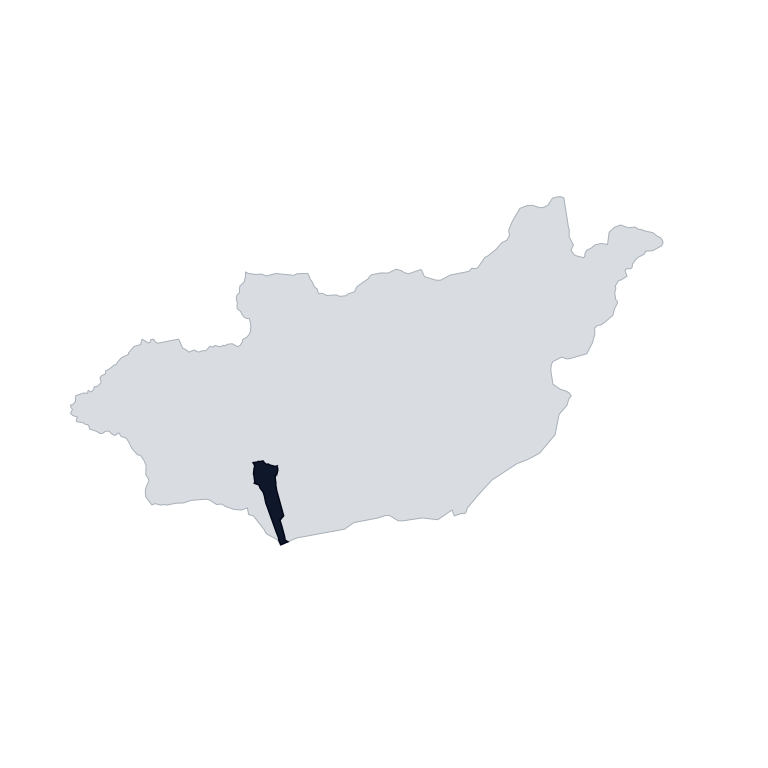 location of Cogt, Govi-Altay, Mongolia, rotated 343°
{"feature_id": "93677404B32157357652115", "entity_name": "Cogt", "entity_type": "district", "adm_level": 2, "iso_a3": "MNG", "parent_name": "Mongolia", "parent_adm1": "Govi-Altay", "projection": "orthographic", "projection_center": [96.826, 44.224], "detail": "fine", "context": "in_parent", "style": "filled", "palette": "ink", "viewbox_px": 768, "rotation_deg": 343, "n_neighbors": 0, "source": "geoboundaries", "source_scale": "gbopen_adm2", "svg_char_len": 5717}
<svg xmlns="http://www.w3.org/2000/svg" viewBox="0 0 768 768"><g transform="rotate(343 384 384)"><path d="M78.0,312.5L80.3,312.7L84.0,310.4L84.8,306.9L86.0,305.0L94.3,304.8L97.9,306.3L98.8,304.1L99.5,303.8L101.3,305.9L103.2,305.2L104.6,304.5L106.1,301.9L108.9,302.6L114.0,300.0L114.3,294.7L116.3,293.5L120.7,292.9L121.4,290.5L122.4,289.8L125.6,289.4L131.2,287.1L133.7,287.0L135.9,284.8L140.9,282.0L148.2,281.0L148.9,279.5L155.8,275.0L162.9,275.2L165.0,271.0L166.1,270.7L170.8,276.0L172.9,275.4L173.7,273.5L176.7,273.7L177.8,277.3L179.4,278.8L200.4,281.0L201.0,282.3L201.9,290.6L205.7,294.6L206.6,296.5L212.4,296.0L215.7,299.2L220.8,299.2L223.4,300.1L228.4,297.2L229.5,297.2L231.1,298.8L233.5,297.7L238.1,300.5L241.7,300.0L243.4,301.2L245.5,300.2L250.6,301.1L254.8,305.4L257.6,305.1L260.9,302.2L261.8,300.2L266.7,299.1L269.5,297.1L271.3,295.3L273.9,288.8L274.3,282.1L271.8,281.2L269.7,279.0L268.4,275.5L268.2,273.0L265.8,269.3L265.9,267.4L267.3,264.1L267.8,258.8L269.4,255.9L272.7,254.3L273.0,252.2L274.9,248.1L280.0,245.6L282.8,241.1L284.3,236.5L286.9,238.8L293.6,241.8L299.2,243.1L303.0,246.3L312.8,246.7L329.5,253.7L332.9,253.1L342.9,255.8L343.7,256.9L344.1,262.8L345.0,264.3L345.8,270.6L347.9,273.7L347.7,277.6L348.6,278.7L351.1,279.0L355.3,282.7L364.3,284.8L367.2,287.2L373.4,288.5L376.4,287.2L381.5,287.3L383.3,286.7L386.2,283.4L388.2,282.4L399.4,278.8L402.3,276.5L404.4,275.9L413.6,276.9L420.2,279.1L429.1,277.8L433.7,280.6L436.0,283.5L439.9,285.8L452.5,285.3L453.2,285.9L454.0,292.6L454.7,293.6L463.9,299.8L468.1,301.3L479.5,299.2L498.0,301.1L501.9,299.0L506.1,300.7L507.5,300.3L517.8,292.2L519.6,292.3L530.9,287.8L537.8,283.3L543.5,282.4L547.4,278.9L548.2,273.4L554.2,266.0L565.3,255.8L573.4,255.2L578.6,256.8L584.7,261.0L587.8,261.8L593.0,261.0L599.4,255.6L603.4,255.6L607.4,256.4L610.4,258.5L606.1,288.8L606.4,290.4L604.1,297.0L605.8,306.4L601.9,310.8L603.7,315.9L605.3,317.6L611.8,321.6L613.4,320.5L614.3,318.0L616.7,315.4L622.0,314.6L626.3,312.6L632.4,313.0L638.6,315.9L643.7,304.6L650.2,301.6L656.8,301.1L663.4,306.1L670.0,307.3L672.5,310.5L675.2,311.3L676.4,312.8L685.5,318.0L688.3,322.3L691.3,325.1L692.3,328.5L692.2,330.4L689.8,333.1L679.6,335.1L672.8,333.4L671.1,335.9L663.3,337.3L659.3,339.9L656.7,342.0L655.5,344.8L654.3,345.7L653.0,345.9L650.2,344.7L648.2,345.3L647.7,345.9L647.9,352.0L641.2,353.8L638.8,353.6L633.9,357.8L633.7,360.2L631.4,364.1L630.2,370.7L631.3,373.1L630.9,374.9L626.6,379.3L622.9,385.2L613.4,389.4L608.8,390.9L605.0,390.5L601.8,392.1L600.2,398.0L595.0,406.0L586.7,414.4L568.6,414.0L566.2,413.5L561.8,410.2L551.7,412.0L549.3,415.2L547.5,419.7L545.5,433.6L550.8,440.3L556.4,444.3L558.9,447.3L559.5,450.3L556.5,452.2L552.8,457.8L542.6,464.2L532.8,482.5L512.4,495.7L498.8,498.3L487.9,499.0L459.1,507.4L441.0,518.1L427.5,526.9L424.7,530.8L423.3,531.5L420.5,530.4L412.7,530.7L412.2,524.4L395.7,529.5L381.5,523.3L361.6,520.3L357.6,518.9L350.5,511.1L346.9,510.2L338.3,510.3L314.7,507.7L303.8,511.3L255.7,505.7L238.3,507.7L237.6,507.0L236.5,501.7L228.4,493.6L227.3,491.6L226.9,488.5L220.6,471.9L216.4,469.4L217.1,462.5L210.9,462.9L203.9,460.1L196.9,455.0L193.6,451.3L188.7,450.3L182.8,443.5L180.0,442.1L165.2,438.8L157.8,439.2L149.8,437.1L140.8,436.3L138.0,434.7L135.4,434.7L130.2,431.5L126.7,431.8L123.1,422.0L124.5,416.2L126.5,412.8L131.0,407.8L131.0,405.8L129.7,400.9L132.6,392.6L132.2,387.3L130.3,381.2L127.4,379.5L123.8,371.1L122.9,364.7L121.5,360.2L117.3,357.3L116.2,353.4L114.9,353.0L113.8,354.1L111.2,354.4L108.8,351.8L107.5,349.0L106.0,348.1L103.2,348.0L100.5,349.0L97.7,348.1L95.5,345.4L89.3,341.0L89.5,338.2L88.7,336.2L86.8,335.4L85.1,333.2L79.1,330.2L79.1,328.8L81.1,326.0L77.1,323.1L75.7,320.4L78.6,317.2L77.8,314.8L78.0,312.5Z" fill="#d9dde1" stroke="#a8b0b8" stroke-width="1"/><path d="M237.8,502.6L237.9,503.7L238.0,504.6L238.1,505.2L238.1,505.5L238.1,505.8L238.2,506.6L238.3,507.6L239.1,507.5L240.2,507.4L241.4,507.3L242.5,507.1L243.7,507.0L246.0,506.8L243.8,504.4L244.3,501.1L244.7,490.5L244.7,490.0L244.7,483.8L249.5,480.7L250.2,454.9L250.9,449.3L251.7,446.7L252.5,441.5L252.7,441.4L252.8,441.3L252.9,441.2L253.0,441.1L253.0,440.9L253.0,440.7L253.1,440.4L253.2,440.2L253.3,440.2L253.5,440.0L253.4,440.0L253.5,439.9L253.5,439.7L253.8,439.5L253.8,439.4L254.0,439.3L254.0,439.2L254.3,439.1L254.5,438.9L254.6,439.0L254.6,438.9L254.8,438.8L254.9,438.7L255.0,438.7L255.2,438.4L255.3,438.4L255.4,438.2L255.5,438.2L255.8,438.0L255.8,437.9L255.9,437.7L256.0,437.6L256.0,437.4L256.0,437.2L256.3,436.9L256.4,436.7L256.5,436.6L256.7,436.4L256.8,436.2L256.9,435.9L256.9,435.7L257.0,435.7L257.2,435.3L257.2,435.2L257.3,435.1L257.4,434.9L257.3,434.7L257.2,434.7L257.3,434.5L257.3,434.4L257.3,434.2L257.5,434.0L257.5,433.9L257.6,433.7L257.7,433.4L257.7,433.2L257.7,432.9L257.7,432.7L257.6,432.4L257.6,432.2L257.6,431.9L257.6,431.7L257.6,431.4L257.7,431.2L257.8,431.1L255.8,431.0L252.1,428.7L251.0,428.0L249.8,426.6L249.2,426.7L248.5,426.5L247.7,426.0L247.4,425.7L247.2,425.3L246.5,424.3L246.2,423.8L246.3,423.3L245.8,422.2L242.0,421.8L241.1,421.2L239.9,421.6L235.8,420.9L235.8,421.0L235.8,421.3L235.8,421.5L236.0,421.6L236.2,421.8L236.1,422.0L236.2,422.3L236.2,422.5L236.3,422.6L236.3,422.8L236.3,423.0L236.3,423.3L236.3,423.5L236.5,423.6L236.6,423.9L236.7,424.1L235.0,426.9L232.9,431.9L232.9,433.7L232.7,434.7L232.0,438.7L232.0,439.7L230.9,440.9L233.1,442.6L233.4,442.8L233.9,443.2L234.3,443.5L234.7,443.8L234.9,444.0L234.9,444.7L235.0,445.0L235.0,445.5L235.1,446.5L235.1,446.9L235.1,447.2L235.2,447.4L235.2,447.5L235.3,447.9L235.5,448.4L235.7,448.8L235.8,449.3L236.0,449.7L236.2,450.2L236.4,450.8L236.8,452.0L236.9,456.0L236.4,461.0L236.2,463.5L236.5,467.9L236.7,472.7L237.5,489.5L237.7,494.4L238.2,500.2L237.8,502.6Z" fill="#0f172a" stroke="#020617" stroke-width="1.5"/></g></svg>